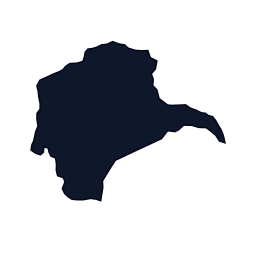 Moita Bonita, Sergipe, Brazil (Mercator projection), rotated 12°
{"feature_id": "56859067B54025844291619", "entity_name": "Moita Bonita", "entity_type": "district", "adm_level": 2, "iso_a3": "BRA", "parent_name": "Brazil", "parent_adm1": "Sergipe", "projection": "mercator", "projection_center": [-37.333, -10.599], "detail": "fine", "context": "isolated", "style": "filled", "palette": "ink", "viewbox_px": 256, "rotation_deg": 12, "n_neighbors": 0, "source": "geoboundaries", "source_scale": "gbopen_adm2", "svg_char_len": 1270}
<svg xmlns="http://www.w3.org/2000/svg" viewBox="0 0 256 256"><g transform="rotate(12 128 128)"><path d="M116.4,204.8L115.7,191.5L114.0,185.0L119.5,169.6L122.4,162.1L137.0,151.0L153.2,138.8L163.0,131.4L167.3,122.4L174.7,121.8L178.1,119.0L181.8,113.6L190.0,112.1L197.0,112.7L204.3,111.4L209.2,113.6L215.4,116.9L220.1,121.7L225.9,122.3L223.7,117.4L221.8,113.9L219.3,110.3L215.4,106.2L212.6,102.9L208.4,99.3L204.3,99.2L200.5,97.5L196.5,97.9L191.0,96.4L184.8,95.6L179.6,93.4L166.2,96.8L162.1,97.3L158.5,95.7L152.3,92.8L148.3,84.7L143.4,81.4L142.5,75.1L139.5,70.1L142.5,64.6L142.3,56.4L135.2,54.6L131.3,48.1L125.8,49.6L119.0,50.5L111.7,49.9L107.4,47.4L101.8,47.7L95.0,46.7L89.9,50.6L85.1,52.0L80.7,55.5L76.5,57.7L72.3,59.2L70.4,62.8L70.6,67.8L70.0,72.3L64.4,75.3L57.8,77.0L54.3,80.6L52.2,84.5L49.0,87.3L44.7,90.1L31.9,99.6L30.1,105.7L32.5,110.6L34.3,116.3L37.0,122.4L38.1,127.9L36.0,132.5L37.0,138.0L39.6,144.9L38.5,150.8L38.5,156.0L38.5,160.3L37.5,164.3L37.7,169.7L43.0,171.9L47.9,172.4L50.3,169.3L49.6,164.1L54.0,164.1L55.9,168.2L58.5,171.5L63.4,172.4L65.5,178.0L66.7,184.3L69.1,189.3L75.0,190.0L77.6,193.7L76.4,200.9L79.6,205.2L83.5,207.6L87.9,209.3L93.5,208.7L99.3,207.4L106.1,204.6L111.5,204.2L116.4,204.8Z" fill="#0f172a" stroke="#020617" stroke-width="1.5"/></g></svg>